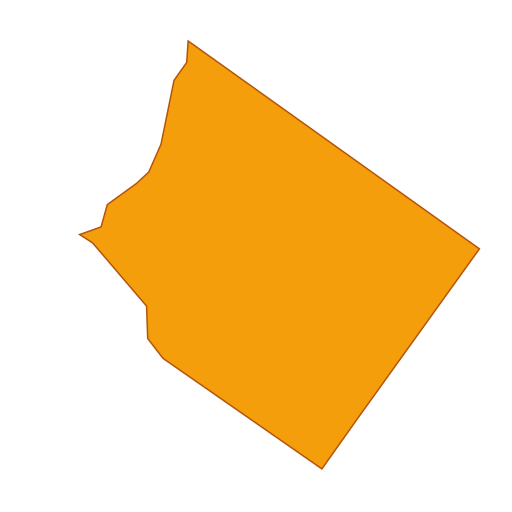 Crisp, Georgia, United States of America (Robinson projection), rotated 35°
{"feature_id": "52423323B39330829782254", "entity_name": "Crisp", "entity_type": "district", "adm_level": 2, "iso_a3": "USA", "parent_name": "United States of America", "parent_adm1": "Georgia", "projection": "robinson", "projection_center": [-83.86, 31.917], "detail": "fine", "context": "isolated", "style": "filled", "palette": "amber", "viewbox_px": 512, "rotation_deg": 35, "n_neighbors": 0, "source": "geoboundaries", "source_scale": "gbopen_adm2", "svg_char_len": 369}
<svg xmlns="http://www.w3.org/2000/svg" viewBox="0 0 512 512"><g transform="rotate(35 256 256)"><path d="M77.1,118.8L88.2,137.2L88.1,159.1L114.1,219.0L120.0,248.7L116.5,265.0L104.7,299.2L112.4,321.0L99.2,339.6L114.7,339.0L195.1,359.8L214.6,385.7L238.5,393.2L432.1,392.6L432.4,332.2L434.9,122.0L77.1,118.8Z" fill="#f59e0b" stroke="#b45309" stroke-width="1.5"/></g></svg>